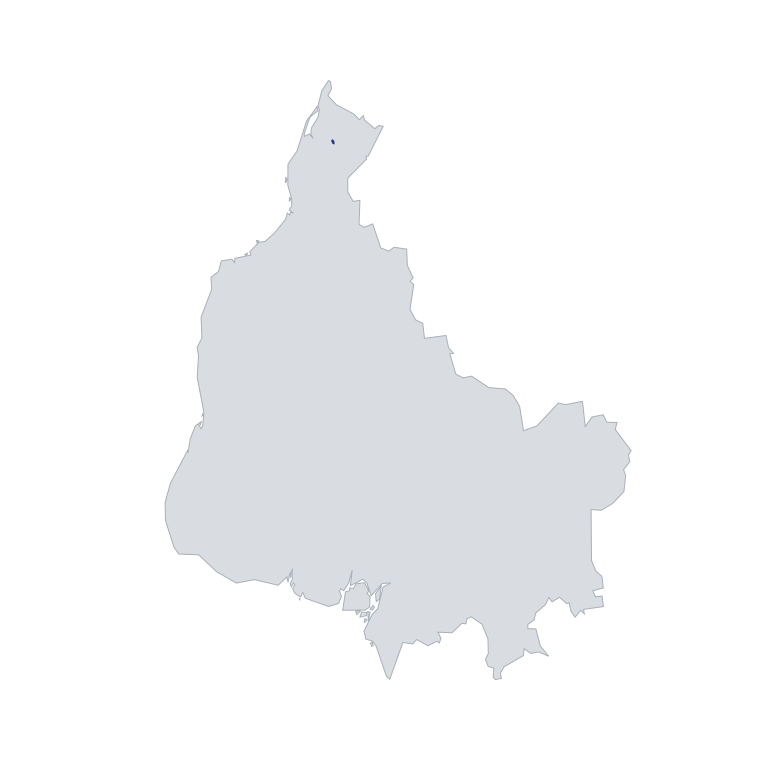 Cerro Branco, Rio Grande do Sul, Brazil (highlighted), rotated 172°
{"feature_id": "56859067B12660061396762", "entity_name": "Cerro Branco", "entity_type": "district", "adm_level": 2, "iso_a3": "BRA", "parent_name": "Brazil", "parent_adm1": "Rio Grande do Sul", "projection": "equal_earth", "projection_center": [-52.997, -29.627], "detail": "fine", "context": "in_parent", "style": "filled", "palette": "blue", "viewbox_px": 768, "rotation_deg": 172, "n_neighbors": 0, "source": "geoboundaries", "source_scale": "gbopen_adm2", "svg_char_len": 4387}
<svg xmlns="http://www.w3.org/2000/svg" viewBox="0 0 768 768"><g transform="rotate(172 384 384)"><path d="M233.5,141.0L239.9,148.4L247.9,144.9L250.4,149.7L254.9,142.9L265.7,136.1L268.1,129.5L275.1,125.9L275.6,121.7L267.7,120.3L265.6,102.6L258.8,91.5L268.1,97.1L276.3,96.8L282.1,102.5L283.8,95.6L304.5,87.3L309.0,81.5L308.7,76.1L314.9,75.8L316.7,78.4L314.7,87.3L320.1,89.8L321.9,97.0L318.2,102.6L316.5,117.2L320.4,132.5L330.1,141.3L334.4,140.0L336.4,135.1L340.1,136.2L351.2,128.2L365.1,130.7L363.0,124.2L365.2,120.0L367.9,121.8L377.0,118.7L387.2,126.4L391.6,122.6L401.3,125.4L419.4,90.8L422.3,94.4L428.4,126.2L431.5,131.2L437.5,133.9L438.2,142.0L427.9,157.3L421.5,162.3L413.1,183.1L404.9,186.1L413.5,186.7L426.2,176.1L428.7,189.5L432.1,193.6L445.3,189.0L441.4,204.1L446.5,192.0L452.6,185.1L455.5,187.1L456.9,185.0L455.7,179.5L459.7,172.9L469.9,171.4L491.8,182.9L493.3,188.8L496.4,184.7L501.5,189.3L502.9,194.3L500.2,197.7L501.3,199.5L504.1,196.1L504.7,199.3L502.2,202.7L500.6,213.0L504.0,208.7L506.6,201.1L507.0,206.5L516.8,199.5L539.7,208.3L557.9,207.4L575.8,221.3L591.4,240.7L610.9,244.2L614.6,251.3L619.4,279.2L617.2,297.3L609.3,315.5L587.7,345.6L587.7,343.1L583.5,356.7L576.7,368.7L573.6,370.5L571.4,365.1L569.4,367.8L566.3,380.6L568.0,416.9L563.7,437.8L564.0,446.2L557.9,454.8L555.8,475.6L541.4,501.8L540.5,513.7L532.1,518.6L528.0,528.5L517.3,528.8L515.1,525.0L514.2,529.2L497.8,530.2L498.5,533.6L488.0,541.8L482.1,541.7L471.7,548.5L458.5,560.8L456.0,566.7L453.7,564.5L452.8,567.1L449.9,566.0L453.7,569.5L450.6,573.3L449.6,579.8L451.6,594.0L448.5,615.0L437.6,626.9L424.1,655.3L411.6,668.1L411.3,663.9L420.2,658.6L428.1,643.1L428.3,640.3L423.1,642.0L420.0,637.0L421.6,641.9L420.1,647.8L412.3,657.2L409.8,664.7L410.6,668.9L404.7,683.2L396.7,692.2L394.9,690.9L394.9,683.7L399.4,677.3L392.3,667.2L376.5,655.7L371.6,649.2L367.1,652.7L366.6,648.1L357.6,638.1L353.3,640.7L348.9,639.3L368.0,611.8L370.3,612.0L369.8,609.3L391.3,592.8L393.1,579.1L389.2,569.2L382.3,569.2L386.5,545.6L382.0,541.9L372.9,544.1L368.3,519.2L360.7,514.9L355.0,518.0L342.8,514.4L344.4,498.1L340.4,485.0L343.9,482.1L340.7,478.4L347.9,454.2L343.8,443.1L337.2,438.7L337.6,423.6L315.9,423.4L315.0,410.8L310.9,404.7L314.6,404.6L311.5,383.8L304.7,379.0L296.2,379.6L280.8,365.9L264.6,362.2L257.7,354.7L252.8,343.0L252.4,318.3L238.3,321.3L214.1,340.8L206.8,338.3L189.9,339.2L190.6,313.9L182.5,322.4L171.2,323.0L168.6,315.1L158.7,313.5L161.3,306.7L148.6,283.5L151.9,279.5L151.3,273.0L158.7,265.8L157.4,259.9L161.4,244.1L173.9,234.1L186.4,228.7L196.4,230.8L203.1,180.3L200.2,169.2L195.0,163.2L195.2,151.5L206.0,150.2L204.1,143.8L197.6,143.7L197.7,133.1L217.8,133.0L217.6,128.6L220.7,132.5L227.2,126.5L230.6,133.2L231.0,141.6L233.5,141.0ZM434.0,162.8L456.4,165.7L451.1,183.5L447.0,183.9L446.2,186.9L443.0,185.5L439.4,190.0L430.9,190.0L427.8,181.1L430.0,178.8L427.4,175.6L429.2,165.3L434.0,162.8ZM414.9,184.2L418.4,171.5L421.9,169.7L421.6,177.5L414.9,184.2ZM440.2,156.5L438.0,161.3L432.9,160.2L433.7,157.1L440.2,156.5ZM432.5,151.3L431.7,161.0L429.5,160.0L432.5,151.3ZM443.7,162.7L440.5,163.2L439.1,162.4L443.0,159.5L443.7,162.7ZM429.1,163.0L425.8,166.2L424.5,164.6L426.9,161.7L429.1,163.0ZM435.2,154.5L433.6,152.5L436.3,150.5L436.5,152.4L435.2,154.5ZM433.4,129.4L431.5,129.9L431.1,126.3L432.9,126.1L433.4,129.4ZM452.3,602.7L451.7,599.8L453.1,597.1L453.6,597.9L452.3,602.7ZM489.9,540.6L490.3,543.9L488.1,543.2L489.9,540.6ZM451.4,581.8L450.5,580.1L452.0,578.3L452.4,579.0L451.4,581.8ZM503.5,206.6L502.1,210.2L503.5,205.1L503.5,206.6ZM572.4,371.1L570.1,372.1L571.6,369.3L572.4,371.1ZM503.7,531.5L501.4,532.6L501.0,532.0L502.4,530.5L503.7,531.5ZM568.6,377.6L567.7,379.6L567.2,378.3L568.6,377.6ZM497.6,181.5L497.7,183.5L497.0,183.2L497.6,181.5Z" fill="#d9dde1" stroke="#a8b0b8" stroke-width="1"/><path d="M400.2,630.0L400.2,630.3L400.1,630.5L400.2,630.8L400.3,630.8L400.3,631.0L400.2,631.2L400.2,631.3L400.3,631.3L400.4,631.5L400.4,631.4L400.5,631.3L400.7,631.5L400.6,631.8L400.8,631.9L400.8,632.0L401.0,632.0L401.1,631.9L401.1,632.0L401.3,632.1L401.5,632.2L401.5,632.3L401.6,632.2L401.6,631.9L401.6,631.7L401.6,631.4L401.6,631.2L401.4,631.0L401.4,630.9L401.3,630.7L401.3,630.3L401.3,630.2L401.2,630.1L401.2,629.9L401.0,629.7L400.9,629.7L400.7,629.6L400.6,629.4L400.4,629.5L400.5,629.7L400.5,629.8L400.4,629.8L400.3,629.7L400.3,629.8L400.2,629.8L400.2,630.0L400.2,630.0Z" fill="#3b82f6" stroke="#1e3a8a" stroke-width="1.5"/></g></svg>